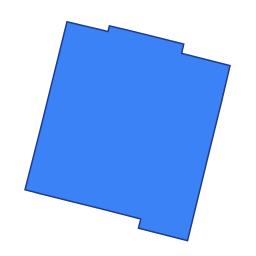 Henry, Indiana, United States of America (Robinson projection), rotated 284°
{"feature_id": "52423323B38400946045463", "entity_name": "Henry", "entity_type": "district", "adm_level": 2, "iso_a3": "USA", "parent_name": "United States of America", "parent_adm1": "Indiana", "projection": "robinson", "projection_center": [-85.404, 39.932], "detail": "fine", "context": "isolated", "style": "filled", "palette": "blue", "viewbox_px": 256, "rotation_deg": 284, "n_neighbors": 0, "source": "geoboundaries", "source_scale": "gbopen_adm2", "svg_char_len": 371}
<svg xmlns="http://www.w3.org/2000/svg" viewBox="0 0 256 256"><g transform="rotate(284 128 128)"><path d="M43.2,43.0L43.0,60.0L43.0,93.7L43.1,119.7L42.8,162.4L33.3,162.4L33.1,213.0L123.1,212.5L174.7,212.4L213.2,211.9L213.4,162.0L222.9,161.8L222.9,110.9L222.6,85.2L216.8,85.3L216.3,43.1L107.1,43.3L43.2,43.0Z" fill="#3b82f6" stroke="#1e3a8a" stroke-width="1.5"/></g></svg>